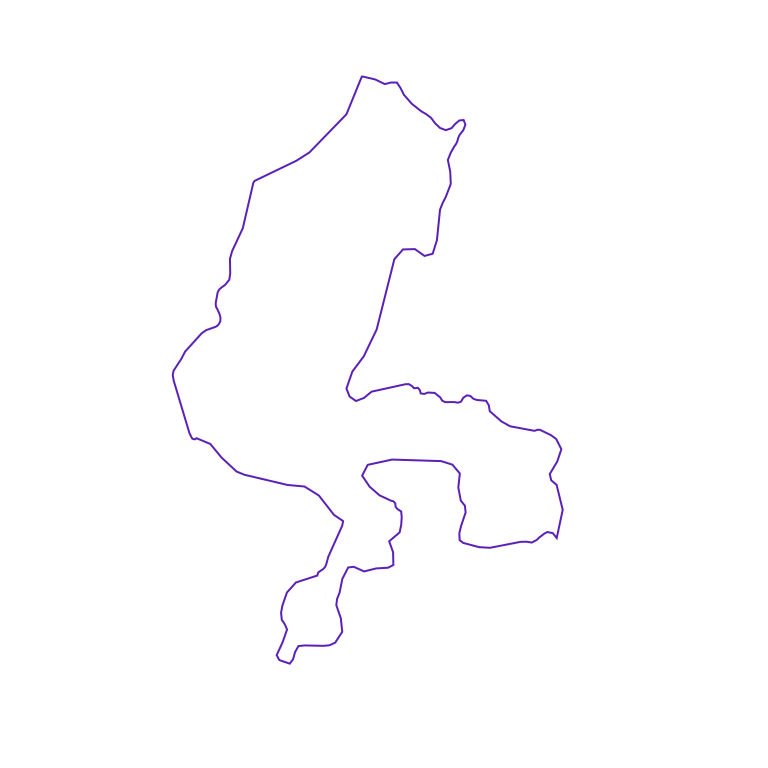 SVG path tracing the border of Kebbi, rotated 15°
{"feature_id": "NGA-2879", "entity_name": "Kebbi", "entity_type": "State", "adm_level": 1, "iso_a3": "NGA", "parent_name": "Nigeria", "parent_adm1": "", "projection": "natural_earth1", "projection_center": [4.708, 11.664], "detail": "fine", "context": "isolated", "style": "outline", "palette": "violet", "viewbox_px": 768, "rotation_deg": 15, "n_neighbors": 0, "source": "natural_earth", "source_scale": "10m", "svg_char_len": 2653}
<svg xmlns="http://www.w3.org/2000/svg" viewBox="0 0 768 768"><g transform="rotate(15 384 384)"><path d="M214.1,486.6L212.8,486.3L208.9,482.0L180.0,435.2L177.6,430.0L177.3,425.7L180.6,415.6L181.6,412.7L183.5,404.2L194.7,382.3L198.3,378.0L206.6,372.3L208.5,370.1L209.7,366.0L208.9,362.3L206.9,358.8L203.1,354.2L202.5,353.7L201.9,353.1L201.0,351.1L200.5,349.2L199.6,338.5L200.3,335.5L202.1,332.8L204.8,329.5L207.6,323.3L206.8,316.8L202.8,303.0L202.9,294.9L207.3,270.1L205.7,223.3L206.4,221.3L241.7,190.9L252.1,179.5L277.9,133.2L283.0,92.8L284.4,92.5L296.7,92.1L307.1,94.1L312.7,91.0L318.5,89.5L323.5,94.0L328.4,99.5L338.4,106.2L349.3,110.9L355.1,112.5L360.7,114.8L366.1,119.1L371.9,122.2L378.0,122.8L383.0,119.4L385.4,114.5L388.5,110.0L392.6,108.4L395.5,112.4L394.9,118.3L392.5,123.9L392.0,127.3L392.0,130.9L391.4,133.8L390.4,136.3L388.6,143.5L387.7,151.1L393.0,161.7L396.7,173.4L395.3,187.1L393.8,194.0L393.0,201.1L397.9,231.4L397.3,245.6L390.0,249.8L379.0,245.7L367.5,249.1L361.7,260.8L362.8,333.2L357.3,362.5L350.2,380.2L348.9,398.1L354.0,405.0L361.3,407.7L368.3,402.6L374.0,394.6L404.7,378.7L408.0,377.7L411.5,378.7L414.0,380.3L415.9,379.7L417.7,378.9L420.2,380.6L421.9,383.6L425.4,383.2L428.6,380.9L435.2,379.5L441.8,382.4L444.5,385.0L447.8,385.7L456.3,383.3L460.0,383.0L462.9,381.2L464.2,376.7L467.0,373.5L470.5,373.2L474.0,375.1L477.8,375.4L487.0,373.8L490.8,377.5L493.2,382.9L507.2,389.8L516.8,392.2L541.4,390.3L543.9,388.6L546.5,387.9L558.5,390.2L564.6,392.6L572.2,401.1L571.4,414.0L567.4,428.1L570.5,433.8L576.8,436.7L589.2,459.3L590.7,488.1L585.7,484.4L580.1,484.7L577.7,486.9L573.6,492.2L571.9,495.1L567.8,498.9L562.2,499.5L556.6,501.2L528.7,514.8L518.0,517.0L501.8,517.0L497.5,515.3L495.4,508.7L495.2,501.3L496.1,486.9L493.6,480.6L488.4,476.8L482.6,464.8L480.4,450.8L470.9,444.2L459.1,443.7L411.4,454.9L389.2,466.3L386.6,478.2L396.8,487.0L408.5,492.7L420.8,494.9L423.5,494.9L425.7,496.3L427.0,499.6L429.1,501.2L433.6,502.7L435.6,508.1L437.1,515.7L437.5,523.3L429.7,534.6L436.3,544.1L439.9,556.4L435.5,560.4L424.1,564.2L413.3,570.2L402.1,568.4L396.9,570.5L394.2,583.0L395.1,597.1L394.3,603.7L395.2,610.0L402.9,621.4L407.8,634.2L403.8,646.5L399.1,650.4L393.6,652.5L374.9,657.1L369.2,659.3L367.5,665.8L367.4,673.4L365.4,678.5L354.4,677.8L350.5,673.7L352.9,659.8L353.9,646.2L350.4,641.8L346.3,638.2L343.8,631.6L343.2,624.5L344.2,610.5L350.3,598.5L369.1,586.3L369.3,582.9L373.4,578.2L374.6,575.6L374.9,572.4L374.9,565.3L380.3,531.7L380.0,527.0L369.6,523.4L350.0,508.6L333.7,503.6L316.9,506.5L272.7,507.8L264.2,506.7L246.1,497.1L231.8,486.9L217.0,484.9L215.8,486.3L215.6,486.3L214.1,486.6Z" fill="none" stroke="#5b21b6" stroke-width="2"/></g></svg>